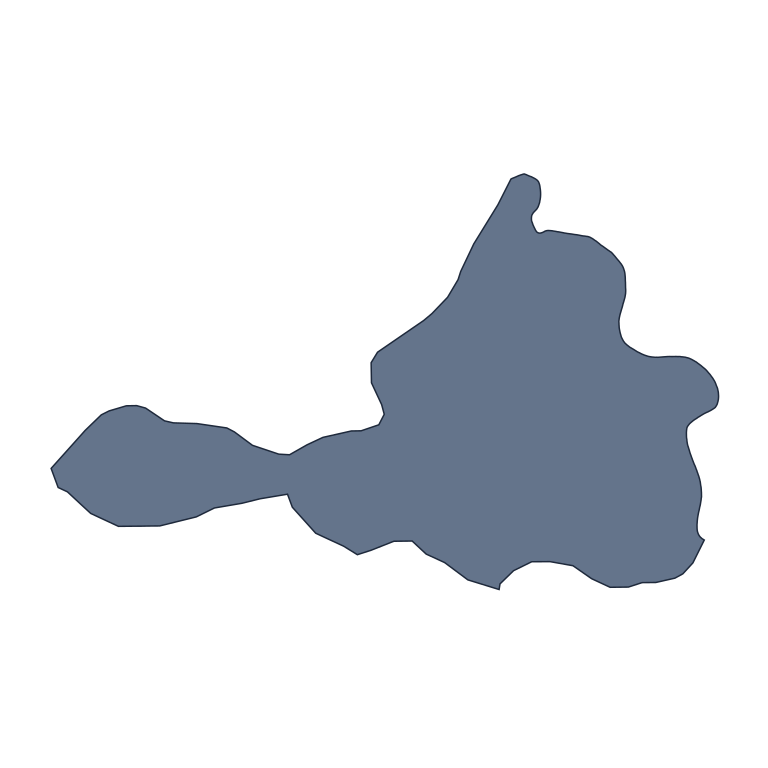 Usi, Chagang-do, North Korea, rotated 89°
{"feature_id": "82179303B10804861284408", "entity_name": "Usi", "entity_type": "district", "adm_level": 2, "iso_a3": "PRK", "parent_name": "North Korea", "parent_adm1": "Chagang-do", "projection": "natural_earth1", "projection_center": [125.541, 40.577], "detail": "fine", "context": "isolated", "style": "filled", "palette": "slate", "viewbox_px": 768, "rotation_deg": 89, "n_neighbors": 0, "source": "geoboundaries", "source_scale": "gbopen_adm2", "svg_char_len": 5870}
<svg xmlns="http://www.w3.org/2000/svg" viewBox="0 0 768 768"><g transform="rotate(89 384 384)"><path d="M545.6,66.5L544.8,67.7L544.2,68.7L543.4,69.5L542.7,70.3L541.7,71.1L540.6,71.8L539.4,72.4L538.2,72.8L536.9,73.2L535.5,73.4L533.8,73.5L531.8,73.5L530.1,73.5L528.2,73.3L526.7,73.2L525.0,73.0L523.4,72.8L521.8,72.5L519.8,72.1L518.3,71.8L517.1,71.5L515.6,71.1L514.2,70.8L512.7,70.5L511.3,70.1L510.0,69.8L507.7,69.4L505.6,69.0L503.8,68.8L502.5,68.5L500.6,68.5L499.3,68.5L497.7,68.5L496.4,68.6L495.3,68.6L494.0,68.7L492.6,68.8L491.0,69.1L489.2,69.3L487.4,69.5L486.2,69.8L484.6,70.1L483.2,70.5L481.6,70.9L480.3,71.4L478.6,71.9L477.3,72.4L475.8,72.8L474.4,73.4L472.8,73.9L471.2,74.5L469.7,75.2L468.1,75.8L466.7,76.3L465.4,76.8L464.1,77.2L462.8,77.7L461.2,78.2L459.8,78.7L458.3,79.2L457.3,79.5L456.4,79.7L455.3,80.0L454.0,80.4L452.5,80.8L451.0,81.3L449.7,81.6L447.8,81.9L446.3,82.1L444.5,82.2L443.5,82.4L442.0,82.5L440.7,82.5L439.2,82.5L437.9,82.5L436.7,82.4L435.6,82.3L434.3,82.1L433.1,81.9L432.0,81.4L431.1,80.8L430.2,80.1L429.1,79.2L428.2,78.2L427.3,77.1L426.5,76.1L425.8,75.2L425.2,74.3L424.6,73.4L424.0,72.3L423.4,71.4L422.7,70.5L422.1,69.3L421.6,68.5L420.9,67.4L420.3,66.3L419.7,65.3L419.1,64.2L418.5,62.9L417.9,61.6L417.5,60.5L416.9,59.4L416.4,58.3L415.8,57.2L415.2,56.2L414.6,55.2L413.8,54.0L413.2,53.2L412.3,52.6L411.6,52.1L410.7,51.6L409.7,51.1L408.5,50.8L407.3,50.4L406.3,50.2L405.0,49.9L403.8,49.8L402.6,49.7L401.1,49.7L399.5,49.8L399.0,49.8L398.0,49.9L396.8,50.1L395.4,50.4L394.2,50.6L393.1,51.0L391.9,51.5L390.5,52.0L389.3,52.4L388.1,52.9L387.0,53.4L385.8,54.1L384.6,54.8L383.3,55.6L382.3,56.4L381.1,57.2L380.1,57.9L379.2,58.7L378.4,59.4L377.5,60.1L376.5,60.9L375.5,61.8L374.7,62.6L373.9,63.5L373.1,64.5L372.3,65.4L371.8,66.0L371.2,66.6L370.6,67.4L369.8,68.4L369.1,69.4L368.2,70.5L367.4,71.5L366.8,72.6L366.2,73.5L365.4,74.9L364.7,76.1L364.2,77.2L363.7,78.2L363.3,79.3L363.0,80.4L362.7,81.5L362.4,82.6L362.3,83.7L362.1,84.7L362.0,86.2L361.7,87.6L361.7,88.3L361.7,90.0L361.6,91.3L361.6,92.8L361.6,94.5L361.6,95.8L361.5,97.7L361.5,99.5L361.6,101.4L361.7,103.2L361.8,104.9L361.9,106.6L362.0,108.2L362.1,109.7L362.0,111.1L362.0,112.6L361.8,114.4L361.7,115.3L361.6,116.1L361.3,117.7L361.0,119.2L360.5,120.7L360.1,121.8L359.7,123.0L359.2,124.1L358.6,125.5L358.0,126.7L357.3,127.9L356.7,129.2L356.0,130.5L355.2,131.6L354.6,132.6L353.7,133.9L353.0,135.1L352.1,136.5L351.5,137.6L350.8,138.4L349.9,139.5L349.0,140.6L348.2,141.4L347.4,142.3L346.3,143.1L345.0,144.0L343.6,144.7L342.4,145.3L341.1,145.9L339.5,146.3L338.0,146.7L336.4,147.1L334.7,147.4L333.0,147.7L331.3,147.9L330.4,147.9L328.7,148.0L327.2,148.0L325.6,148.1L323.4,147.8L322.1,147.6L320.4,147.2L318.7,146.8L317.1,146.3L315.5,145.8L313.8,145.3L312.0,144.7L310.4,144.2L308.0,143.6L306.0,142.9L304.9,142.6L303.3,142.1L301.6,141.6L299.5,141.2L298.0,140.9L296.7,140.8L295.2,140.7L293.6,140.7L292.0,140.8L290.3,140.8L288.7,140.8L286.6,140.8L285.0,140.9L283.7,140.9L282.1,140.9L280.4,141.0L279.1,141.1L277.8,141.2L276.5,141.4L275.5,141.6L274.5,141.9L273.5,142.2L272.5,142.5L271.5,142.9L270.4,143.4L269.5,143.9L268.9,144.3L268.2,144.7L267.2,145.5L266.1,146.3L264.9,147.2L264.0,148.0L262.9,148.9L262.0,149.6L261.1,150.3L260.2,151.0L259.3,151.8L258.3,152.6L257.5,153.3L256.6,154.1L256.0,154.8L255.4,155.8L254.6,156.8L253.9,157.9L253.1,158.9L252.2,160.1L251.3,161.3L250.3,162.6L249.5,163.8L249.1,164.4L248.4,165.3L247.5,166.2L246.7,167.2L245.9,168.1L245.3,168.9L244.6,169.7L244.1,170.6L243.4,171.5L242.7,172.4L242.1,173.3L241.5,174.4L240.9,175.4L240.5,176.4L240.1,177.6L239.9,179.1L239.6,180.7L239.5,181.8L239.3,183.1L238.9,185.0L238.5,186.8L238.1,188.9L237.9,190.6L237.6,192.3L237.3,193.8L237.1,195.4L236.9,196.7L236.7,198.1L236.4,199.6L236.2,200.9L235.8,202.5L235.5,204.0L235.2,205.4L234.9,207.0L234.8,208.0L234.6,208.7L234.3,210.2L234.1,211.5L233.8,212.9L233.6,214.4L233.5,215.6L233.4,216.8L233.4,217.9L233.6,219.1L234.0,220.4L234.7,221.6L235.3,223.0L235.6,224.0L235.8,224.8L235.9,225.7L235.7,226.7L235.4,227.5L234.9,228.3L234.3,228.9L233.3,229.5L232.5,230.0L231.3,230.5L230.3,231.0L229.2,231.5L228.2,231.9L227.1,232.4L225.9,232.7L225.1,233.0L224.3,233.3L223.4,233.6L222.0,233.7L220.7,233.7L219.8,233.6L218.9,233.5L218.0,233.3L217.2,232.9L216.4,232.4L215.6,231.9L214.9,231.3L214.3,230.7L213.6,230.0L212.7,229.1L211.9,228.3L210.8,227.6L209.7,226.9L208.5,226.4L207.1,225.9L206.0,225.5L204.7,225.1L203.6,225.0L202.6,224.7L201.4,224.5L200.1,224.3L198.9,224.2L197.4,224.1L196.4,224.1L194.9,224.1L193.3,224.2L192.1,224.3L190.8,224.5L189.6,224.6L188.3,224.8L187.3,225.0L186.4,225.3L185.5,225.6L184.7,225.9L184.1,226.3L183.4,226.8L182.8,227.4L182.4,227.9L181.8,228.7L181.1,229.8L180.5,230.9L180.0,231.9L179.4,232.9L179.0,234.1L178.5,235.3L178.1,236.2L177.7,237.1L177.2,238.0L177.0,238.7L176.9,238.9L176.5,239.8L176.5,240.6L176.7,241.5L177.0,242.4L177.3,243.5L177.7,244.6L178.0,245.6L178.6,247.0L179.2,248.4L179.8,249.9L180.3,251.2L180.6,252.1L181.0,252.9L181.3,253.5L206.8,267.0L245.5,291.8L272.7,305.3L280.9,308.1L298.4,318.9L314.4,334.8L321.2,343.2L352.1,389.9L362.5,396.5L382.6,396.5L404.6,386.7L414.3,384.3L424.7,389.9L430.4,407.7L430.4,417.5L436.3,446.0L443.4,461.9L453.1,479.7L452.3,490.4L443.0,516.6L429.3,534.4L425.2,541.9L420.3,571.8L419.2,595.2L417.0,604.1L403.9,622.8L401.3,631.7L401.3,642.0L406.1,659.3L409.9,667.2L425.2,683.6L433.2,691.0L462.6,718.3L481.8,711.6L486.3,702.4L499.5,688.7L508.3,679.5L512.8,670.3L521.7,652.0L521.8,638.2L521.9,629.1L521.9,622.2L522.0,610.7L517.8,592.4L513.6,574.0L505.0,555.7L500.8,528.2L496.6,509.9L492.5,482.4L505.6,477.8L532.0,454.9L536.5,445.7L545.4,427.3L554.2,413.6L550.0,399.8L541.4,376.9L541.5,358.6L554.8,344.8L563.6,326.5L581.3,303.6L591.5,272.5L585.9,271.5L572.9,257.7L564.3,239.4L564.5,221.1L569.0,198.2L582.3,179.8L591.2,161.5L591.3,143.2L587.1,129.4L587.2,115.7L583.2,96.5L579.0,88.5L568.3,78.3L545.6,66.5Z" fill="#64748b" stroke="#1e293b" stroke-width="1.5"/></g></svg>